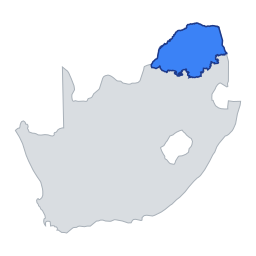 South Africa, with Limpopo highlighted
{"feature_id": "ZAF-1210", "entity_name": "Limpopo", "entity_type": "Province", "adm_level": 1, "iso_a3": "ZAF", "parent_name": "South Africa", "parent_adm1": "", "projection": "natural_earth1", "projection_center": [29.071, -23.769], "detail": "fine", "context": "in_parent", "style": "filled", "palette": "blue", "viewbox_px": 256, "rotation_deg": 0, "n_neighbors": 0, "source": "natural_earth", "source_scale": "10m", "svg_char_len": 8667}
<svg xmlns="http://www.w3.org/2000/svg" viewBox="0 0 256 256"><path d="M189.0,24.5L196.4,23.3L199.7,24.0L203.7,25.7L207.5,26.4L213.8,25.7L216.0,26.0L217.7,26.6L219.0,27.6L220.8,34.6L222.3,42.1L222.3,44.6L222.5,45.5L224.3,48.7L224.9,50.7L226.0,52.3L228.2,60.3L228.5,61.7L228.4,81.1L227.5,83.5L227.8,86.5L226.8,86.9L220.5,83.0L219.4,83.2L217.6,84.6L216.0,86.9L215.2,88.9L212.0,94.1L211.8,97.4L212.0,100.3L213.1,100.4L213.8,102.4L215.5,105.7L218.4,107.8L221.1,108.7L224.9,109.0L227.8,108.9L227.7,106.7L228.4,100.8L233.3,101.5L240.6,101.3L240.1,105.2L237.4,113.9L235.6,123.7L233.4,128.7L232.2,130.7L228.6,134.4L226.7,135.6L225.2,136.0L219.1,143.3L216.8,146.8L214.8,152.0L212.8,154.8L209.8,160.8L204.7,169.7L200.4,175.6L198.5,177.2L197.2,178.0L193.7,181.4L188.9,186.9L185.2,191.7L179.8,197.2L176.6,199.6L171.8,204.3L170.5,205.0L165.1,209.4L161.3,212.0L155.1,215.1L152.6,216.0L146.7,215.2L144.2,215.6L142.1,217.5L142.0,220.1L141.1,220.5L135.7,219.3L133.4,219.5L132.1,221.0L131.1,222.8L128.0,222.9L122.4,221.0L115.9,219.8L114.4,219.7L111.2,221.1L110.1,221.3L105.5,221.0L102.9,220.1L100.5,220.1L98.6,220.9L96.4,221.1L90.3,226.1L87.2,226.1L84.4,226.7L79.6,226.1L78.1,226.4L76.7,227.3L73.4,227.6L72.2,228.4L66.7,233.0L64.4,232.5L61.6,232.4L58.2,230.0L57.0,230.2L57.3,229.4L57.4,228.1L56.2,226.8L54.9,226.9L54.2,225.8L52.2,225.7L50.6,226.0L50.2,221.8L49.4,221.3L47.4,221.2L46.4,221.4L46.0,221.8L45.5,222.7L45.6,225.7L44.9,224.9L44.0,223.1L43.7,221.2L44.0,219.0L45.4,218.1L44.9,215.3L42.4,210.4L41.0,209.3L39.8,206.8L38.7,205.9L38.2,204.2L37.0,202.7L36.6,200.5L37.2,199.2L38.1,198.6L39.1,199.7L40.3,199.2L41.9,197.6L42.8,195.2L42.8,191.3L42.5,188.8L40.9,182.5L40.2,181.1L37.1,176.6L33.3,170.5L28.6,161.0L26.2,155.3L22.6,143.7L19.5,137.2L15.8,131.1L15.4,130.7L15.9,129.9L17.7,128.5L18.6,128.1L19.1,128.3L19.5,127.9L19.9,127.0L20.2,124.8L21.0,122.6L21.7,121.6L23.4,120.9L24.7,121.8L25.3,122.6L25.5,123.7L26.1,124.3L27.0,124.2L27.7,124.9L28.1,126.3L28.0,127.3L27.5,127.9L27.6,128.7L28.3,129.8L29.1,132.0L32.6,133.2L34.5,133.3L36.4,133.9L38.1,134.9L41.0,135.1L44.9,134.6L48.2,134.9L50.8,135.8L52.6,136.0L53.8,135.4L54.3,134.5L54.1,133.3L54.6,132.6L55.9,132.3L56.9,131.4L57.7,130.0L59.4,128.8L62.3,127.9L63.7,127.9L62.4,67.0L67.6,71.2L68.8,73.1L71.3,78.8L74.0,85.8L74.5,89.2L74.4,90.0L71.9,94.6L71.8,96.9L72.2,99.6L72.8,100.9L73.6,101.3L75.3,100.7L78.1,101.4L83.4,101.1L86.0,101.4L86.7,101.2L87.3,100.6L87.9,99.0L88.5,98.5L91.0,97.8L92.1,96.9L93.8,93.7L98.9,89.4L99.5,88.4L102.7,78.3L103.6,76.8L105.1,75.8L108.0,75.1L109.7,75.5L111.5,76.4L113.6,77.9L116.7,80.6L117.8,81.0L120.8,81.2L122.8,83.0L128.5,84.2L130.2,84.1L132.0,83.2L134.9,83.2L138.1,82.5L140.0,80.7L143.7,69.6L144.1,67.1L144.5,66.5L147.5,65.2L151.2,64.2L151.9,63.7L154.2,60.6L157.2,58.1L159.3,49.2L160.6,47.1L161.5,46.2L162.0,46.2L162.8,45.6L163.8,44.5L165.0,43.9L166.3,43.6L167.2,42.9L167.6,41.7L168.3,41.1L169.4,41.1L169.9,40.8L170.1,40.0L172.3,38.1L172.4,37.3L173.7,35.4L176.2,32.4L178.6,30.8L180.8,30.4L184.9,28.9L186.4,27.5L187.4,25.5L189.0,24.5ZM182.2,155.8L185.8,154.3L188.5,152.3L189.1,148.7L191.2,146.4L192.0,144.4L192.5,141.5L191.3,138.5L189.6,137.6L186.6,135.1L185.2,133.3L183.4,131.8L182.1,130.1L180.0,130.6L176.7,132.1L174.7,133.4L173.0,134.9L169.9,136.0L167.1,140.9L166.1,142.0L163.9,145.6L160.7,147.4L160.6,148.0L161.7,151.0L163.2,153.9L164.8,156.3L164.7,157.7L165.2,158.9L166.7,159.7L169.0,162.6L170.2,163.6L173.8,164.3L174.4,164.1L175.3,162.3L175.5,161.1L177.9,157.2L178.9,156.1L182.2,155.8Z" fill="#d9dde1" stroke="#a8b0b8" stroke-width="1"/><path d="M190.6,23.9L191.4,24.1L191.8,24.1L192.0,24.0L192.4,24.1L193.2,23.6L193.5,23.6L194.2,23.7L194.6,23.8L194.7,23.6L194.8,23.3L195.1,23.3L195.6,23.3L196.1,23.1L196.4,23.0L196.6,23.2L196.8,23.1L197.7,23.1L198.0,23.2L198.8,23.8L199.3,23.9L199.6,24.1L200.1,24.1L200.3,24.2L200.7,24.5L201.2,24.6L201.3,24.7L201.6,25.0L202.0,25.2L202.2,25.3L202.6,25.6L203.0,25.8L203.8,25.7L204.2,25.7L204.4,25.8L204.6,26.0L204.8,26.2L205.3,26.5L205.7,26.6L206.3,26.6L206.8,26.5L207.1,26.4L207.6,26.1L207.9,26.1L208.1,26.1L209.0,26.2L209.4,26.2L209.6,26.2L209.8,26.4L210.1,26.3L210.5,26.0L210.7,25.9L212.3,25.8L212.7,25.6L213.1,25.7L214.0,25.8L215.5,26.2L216.0,26.5L216.4,26.4L216.9,26.2L217.1,26.2L217.3,26.3L217.5,26.6L218.0,26.9L218.1,27.0L218.4,26.8L218.5,26.9L218.7,27.0L219.0,27.5L218.9,27.8L222.4,40.1L222.5,40.6L222.2,44.4L222.2,45.1L222.5,45.7L223.8,47.2L224.1,47.8L224.6,49.9L225.2,51.4L225.4,51.7L225.6,52.0L226.5,52.7L226.7,52.9L226.7,53.2L226.8,53.5L226.6,53.5L226.2,53.6L225.9,53.5L225.7,53.5L225.1,54.1L224.9,54.8L224.5,54.9L224.2,54.8L224.1,54.7L224.0,54.4L223.8,54.3L223.7,54.3L223.4,54.5L223.2,54.9L222.9,54.9L222.8,54.7L222.7,54.6L222.3,54.8L222.1,54.8L221.8,54.6L221.1,54.4L220.7,54.9L220.5,55.0L220.4,55.0L220.1,55.0L219.8,55.1L219.6,55.3L219.4,55.4L218.9,55.3L218.7,55.4L218.3,55.7L218.1,55.2L217.7,54.7L217.3,54.7L217.1,55.1L216.7,55.2L216.0,55.4L215.9,55.6L216.4,55.7L216.4,56.2L216.2,56.6L215.6,57.2L215.7,59.4L216.8,59.4L217.6,59.2L218.2,60.1L217.1,60.4L217.2,61.3L217.8,61.3L218.4,62.5L217.9,63.3L215.6,63.5L214.5,63.7L214.4,62.8L213.1,62.9L211.6,61.8L211.2,61.7L211.2,61.9L211.1,62.6L211.2,63.7L210.8,63.9L210.3,64.3L210.7,64.9L211.0,65.8L210.4,66.2L209.8,66.3L209.8,66.5L210.1,66.9L210.1,67.6L209.6,68.3L208.3,69.2L207.8,69.8L206.8,68.2L206.1,68.3L205.8,68.6L203.5,68.3L203.4,69.2L203.4,70.5L203.6,71.0L203.0,71.2L203.0,72.5L202.7,72.7L202.2,72.4L201.5,71.9L200.7,72.2L201.1,73.1L201.0,74.8L201.0,76.2L200.2,76.1L199.4,76.4L199.0,76.8L198.1,76.7L197.8,77.2L196.4,76.8L195.8,77.3L194.5,77.5L193.5,77.3L192.7,77.5L192.1,77.4L191.9,76.9L190.9,76.9L190.6,77.2L190.1,77.4L189.8,76.8L189.2,77.2L189.6,76.1L189.5,75.7L188.6,75.9L188.4,75.4L187.7,75.1L187.8,73.0L188.4,73.1L188.9,72.5L188.2,71.8L187.5,71.6L186.7,71.9L186.3,70.7L186.0,70.7L185.8,69.9L186.3,69.6L186.0,69.1L184.9,69.7L184.1,69.6L183.8,69.6L183.5,69.7L182.7,70.1L181.8,70.7L181.8,70.9L182.1,71.5L181.2,72.0L180.0,72.4L179.7,72.6L179.5,72.9L179.0,73.2L178.5,73.4L178.3,73.6L178.3,73.8L178.3,74.0L178.5,74.3L178.8,74.4L179.4,74.3L179.8,74.1L180.1,74.0L180.5,73.7L181.7,73.3L181.9,73.7L182.2,74.3L182.5,74.4L182.5,74.8L182.3,75.0L181.8,75.2L181.4,75.1L180.6,75.1L180.3,75.3L180.1,75.6L179.3,76.0L178.5,76.0L178.4,75.8L177.4,75.9L176.6,74.4L176.0,74.1L175.6,74.2L175.3,74.1L175.1,74.0L175.0,73.6L174.8,73.4L174.5,73.1L174.5,72.8L174.6,72.6L174.9,72.4L175.1,72.5L175.6,72.8L175.8,72.9L176.1,72.9L176.3,72.7L176.4,72.4L176.4,71.9L176.2,71.6L175.8,71.3L174.7,70.8L174.2,70.7L173.5,70.6L172.9,70.4L172.6,70.4L172.4,70.6L172.1,70.7L170.0,70.4L169.8,70.5L169.6,70.6L169.3,70.8L168.8,70.2L168.4,70.2L168.1,70.3L167.8,70.4L167.7,70.5L167.6,71.0L167.6,71.3L167.1,72.2L166.9,72.3L166.7,72.4L166.5,72.2L166.4,71.7L165.7,71.7L164.6,71.6L163.5,70.8L162.1,70.5L161.9,70.3L161.6,69.6L161.1,69.1L160.6,68.8L160.3,68.2L160.1,66.5L160.0,66.2L159.8,66.1L159.6,66.1L159.5,66.3L159.3,66.7L158.7,67.2L157.2,67.9L156.3,68.4L156.1,68.5L155.5,68.4L155.1,68.2L154.7,67.9L154.4,67.8L152.0,67.5L151.8,67.5L151.8,67.1L151.4,66.4L151.3,65.9L151.3,64.6L152.2,63.5L152.3,63.4L152.7,62.2L153.0,61.7L153.4,61.3L154.3,60.7L155.1,59.7L155.5,59.3L156.7,58.9L157.0,58.7L157.3,58.5L157.4,58.2L157.7,56.7L157.7,56.0L158.6,51.6L158.7,51.1L158.6,50.8L159.0,50.0L158.9,49.7L159.0,49.4L159.3,48.9L159.5,48.2L159.8,48.1L160.0,48.5L160.4,48.4L160.4,48.1L160.3,47.8L160.3,47.5L160.5,47.6L160.6,47.4L160.9,47.2L161.0,46.8L161.3,46.9L161.2,46.5L161.1,46.3L161.2,46.2L161.3,46.2L161.5,46.2L161.6,46.4L161.8,46.1L162.0,46.2L162.3,46.2L162.1,45.8L162.2,45.7L162.8,45.5L163.3,45.2L163.5,45.0L163.8,44.7L164.1,44.2L164.3,44.0L164.4,44.5L164.6,44.4L164.7,44.1L165.1,43.9L165.2,44.0L165.3,44.3L165.5,44.2L165.7,43.9L165.9,43.8L166.5,43.8L166.8,43.7L167.0,43.5L167.2,43.2L167.3,42.8L167.2,42.5L167.4,42.3L167.5,41.9L167.7,41.6L167.9,41.1L168.0,41.1L168.4,41.3L168.6,41.2L169.1,40.7L169.5,41.2L169.7,41.3L169.9,41.2L170.0,41.0L170.2,40.4L170.4,40.2L170.2,39.8L170.1,39.7L170.6,39.6L170.8,39.5L170.7,39.2L171.3,39.1L171.8,38.8L172.3,38.4L172.5,38.0L172.4,37.3L172.4,36.9L172.6,36.7L172.8,36.7L173.4,36.4L173.6,36.3L173.8,36.0L174.0,35.7L174.0,35.3L173.9,35.0L173.9,34.8L174.2,34.7L174.7,34.5L174.9,34.0L175.3,33.8L175.4,33.7L175.5,33.5L175.5,33.4L175.5,33.0L175.5,32.8L175.6,32.7L176.0,32.1L176.6,31.9L176.8,31.8L177.3,31.1L177.5,30.9L178.0,30.6L178.5,30.5L179.7,30.4L180.5,30.6L180.8,30.5L181.1,30.3L181.3,30.2L181.6,30.2L181.9,30.2L182.4,30.1L183.4,29.4L184.0,29.2L184.6,29.1L184.8,28.9L184.9,28.6L185.0,28.4L185.4,28.4L186.0,28.4L186.2,28.2L186.5,27.6L186.7,27.4L186.7,27.2L186.6,26.1L186.9,25.6L187.2,25.3L187.4,25.1L187.7,24.6L187.8,24.6L189.5,24.5L189.8,24.4L190.0,24.1L190.3,23.9L190.6,23.9Z" fill="#3b82f6" stroke="#1e3a8a" stroke-width="1.5"/></svg>